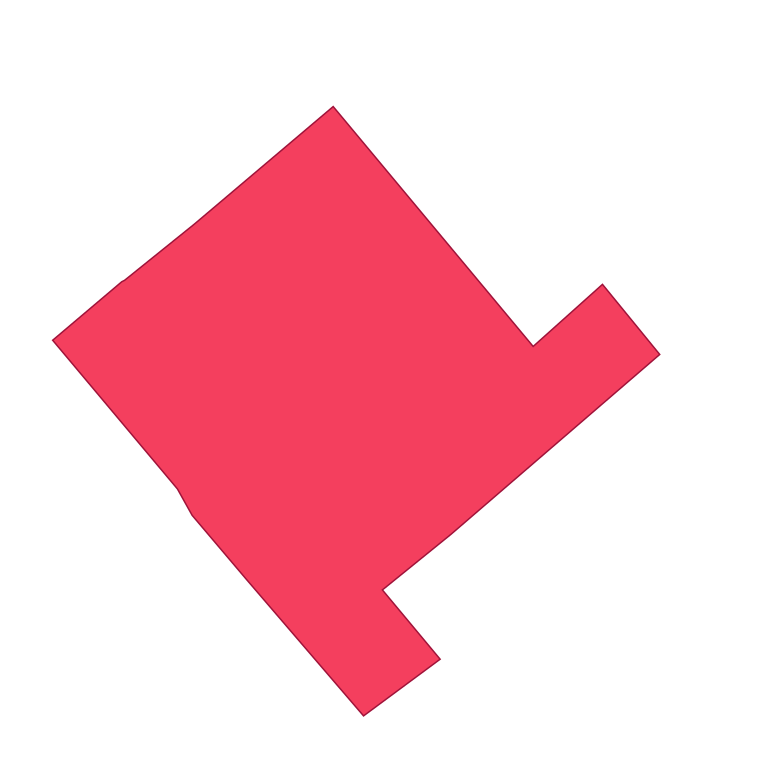 outline of Fayette, Illinois, United States of America, rotated 320°
{"feature_id": "52423323B95839932442393", "entity_name": "Fayette", "entity_type": "district", "adm_level": 2, "iso_a3": "USA", "parent_name": "United States of America", "parent_adm1": "Illinois", "projection": "natural_earth1", "projection_center": [-89.043, 38.977], "detail": "fine", "context": "isolated", "style": "filled", "palette": "rose", "viewbox_px": 768, "rotation_deg": 320, "n_neighbors": 0, "source": "geoboundaries", "source_scale": "gbopen_adm2", "svg_char_len": 363}
<svg xmlns="http://www.w3.org/2000/svg" viewBox="0 0 768 768"><g transform="rotate(320 384 384)"><path d="M523.4,138.8L341.3,139.6L251.8,137.8L248.9,137.1L158.3,137.5L158.3,331.6L152.6,361.3L153.0,445.2L155.0,625.1L250.1,630.9L250.4,540.7L338.7,542.2L614.2,538.6L615.4,448.1L522.4,451.1L523.4,138.8Z" fill="#f43f5e" stroke="#9f1239" stroke-width="1.5"/></g></svg>